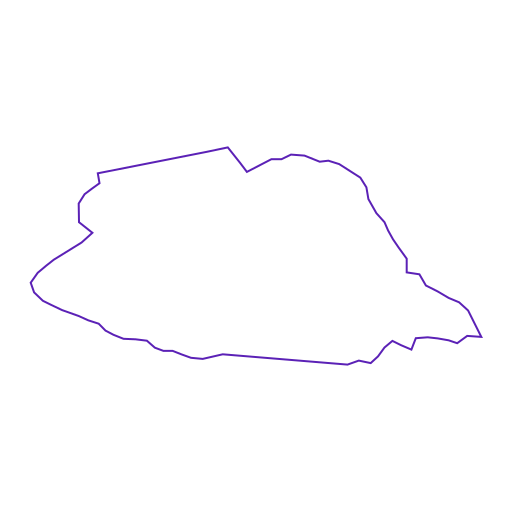 Santa Helena, Santa Catarina, Brazil
{"feature_id": "56859067B59860797410622", "entity_name": "Santa Helena", "entity_type": "district", "adm_level": 2, "iso_a3": "BRA", "parent_name": "Brazil", "parent_adm1": "Santa Catarina", "projection": "albers", "projection_center": [-53.615, -26.92], "detail": "fine", "context": "isolated", "style": "outline", "palette": "violet", "viewbox_px": 512, "rotation_deg": 0, "n_neighbors": 0, "source": "geoboundaries", "source_scale": "gbopen_adm2", "svg_char_len": 1007}
<svg xmlns="http://www.w3.org/2000/svg" viewBox="0 0 512 512"><path d="M97.8,173.3L99.5,183.2L91.6,188.9L84.6,194.2L78.7,203.5L79.0,222.2L92.4,232.8L81.6,242.5L53.8,259.7L46.3,265.6L37.7,272.8L30.7,282.7L34.1,292.4L42.9,300.8L51.6,305.1L62.1,310.1L78.7,316.0L88.2,320.3L98.7,323.7L105.5,330.6L113.5,334.8L123.5,338.8L135.5,339.3L146.9,340.7L154.9,347.7L163.5,350.9L172.7,350.9L181.3,354.3L191.0,357.8L202.7,358.9L222.7,354.3L347.5,364.6L358.8,360.6L370.7,363.1L378.0,356.4L384.5,347.5L392.4,340.9L401.1,345.2L411.4,349.6L415.8,338.2L427.7,337.3L437.7,338.4L448.6,340.3L457.2,343.2L467.2,335.9L481.3,336.9L468.1,310.5L459.1,302.3L448.6,297.9L437.6,291.4L425.9,285.5L419.4,274.3L406.7,272.4L406.7,258.7L398.6,247.5L393.0,239.3L388.1,230.5L384.5,222.2L376.4,213.2L368.4,199.1L366.4,187.3L360.3,177.6L350.6,171.4L339.2,164.1L328.4,160.7L319.7,161.7L304.5,155.6L291.0,154.6L281.5,159.2L271.4,159.2L246.9,171.9L240.2,163.0L227.8,147.4L206.9,151.8L97.8,173.3Z" fill="none" stroke="#5b21b6" stroke-width="2"/></svg>